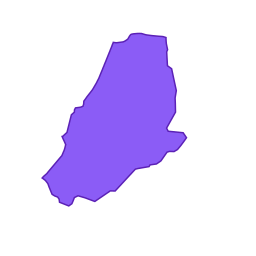 the district of Mukjar, Central Darfur, Sudan, rotated 208°
{"feature_id": "16777658B99051784139015", "entity_name": "Mukjar", "entity_type": "district", "adm_level": 2, "iso_a3": "SDN", "parent_name": "Sudan", "parent_adm1": "Central Darfur", "projection": "natural_earth1", "projection_center": [23.598, 11.812], "detail": "fine", "context": "isolated", "style": "filled", "palette": "violet", "viewbox_px": 256, "rotation_deg": 208, "n_neighbors": 0, "source": "geoboundaries", "source_scale": "gbopen_adm2", "svg_char_len": 2150}
<svg xmlns="http://www.w3.org/2000/svg" viewBox="0 0 256 256"><g transform="rotate(208 128 128)"><path d="M71.8,146.9L77.1,149.7L91.0,144.0L93.9,146.0L93.5,164.3L97.8,172.0L100.5,176.6L102.9,183.7L110.6,192.8L117.3,200.8L122.4,201.5L129.6,213.4L129.8,215.7L133.7,220.4L135.2,222.7L136.8,225.4L136.9,225.7L137.0,225.7L139.8,225.2L140.9,224.8L144.5,223.2L148.1,221.7L150.0,220.9L151.3,220.4L155.3,218.9L156.4,218.6L156.8,218.5L159.3,218.0L160.6,217.7L162.6,216.7L164.5,215.6L167.7,213.5L169.1,212.3L169.4,211.8L169.6,211.1L169.8,209.8L169.9,206.5L170.4,205.4L171.4,203.5L171.7,203.1L172.4,202.1L173.2,201.4L173.9,200.9L175.6,199.7L177.7,198.2L178.5,197.7L181.2,196.7L181.1,196.3L181.1,196.2L181.0,195.5L181.0,195.2L181.0,194.9L181.0,194.7L180.9,194.4L180.9,193.9L180.8,193.5L180.8,193.4L180.8,193.2L180.7,192.9L180.7,192.7L180.6,191.9L180.6,191.6L180.5,191.1L180.4,190.1L180.4,189.7L180.0,186.6L180.0,186.3L179.9,185.2L179.8,184.8L179.8,184.3L179.5,181.6L179.1,177.7L179.0,177.0L178.9,176.0L178.6,172.6L178.5,172.3L178.2,168.9L178.0,167.5L177.9,166.0L177.2,159.0L177.1,158.2L177.1,157.6L177.1,156.6L177.1,155.4L177.0,153.1L177.3,145.9L177.4,144.7L178.9,136.2L179.2,133.6L179.6,131.0L178.3,128.1L178.2,127.1L178.0,126.0L179.3,124.5L179.9,123.9L181.3,122.9L183.1,121.6L183.8,121.1L183.8,119.4L183.8,119.0L183.1,117.4L182.8,116.8L184.2,113.1L181.8,103.5L179.8,95.4L180.7,92.9L181.7,90.0L182.2,89.6L181.5,89.0L181.3,88.9L181.1,88.7L180.7,88.4L180.4,88.1L180.1,87.9L179.6,87.5L178.5,86.7L176.2,84.9L175.9,84.6L175.2,84.1L175.2,83.9L175.1,83.6L175.0,83.2L174.6,81.7L174.3,80.4L174.0,78.9L173.9,78.4L173.8,76.9L173.4,72.5L173.7,71.3L174.3,68.6L176.0,60.6L177.8,52.2L178.2,50.0L178.2,49.8L179.8,45.6L180.3,43.6L180.2,43.6L179.6,43.5L178.5,43.3L176.3,42.9L172.7,41.3L169.8,38.7L163.9,33.8L160.7,33.6L157.7,34.0L155.4,32.8L153.6,30.3L143.7,31.4L142.0,34.8L142.3,38.3L142.7,41.4L140.3,44.7L133.1,46.2L124.0,47.4L122.8,47.6L114.1,64.2L109.8,66.3L104.8,85.3L102.2,95.1L100.2,96.9L91.3,103.8L91.2,105.8L86.0,109.6L83.5,114.4L82.2,125.0L80.4,126.8L76.3,128.8L74.2,132.2L73.1,137.5L72.3,142.9L71.8,146.9Z" fill="#8b5cf6" stroke="#5b21b6" stroke-width="1.5"/></g></svg>